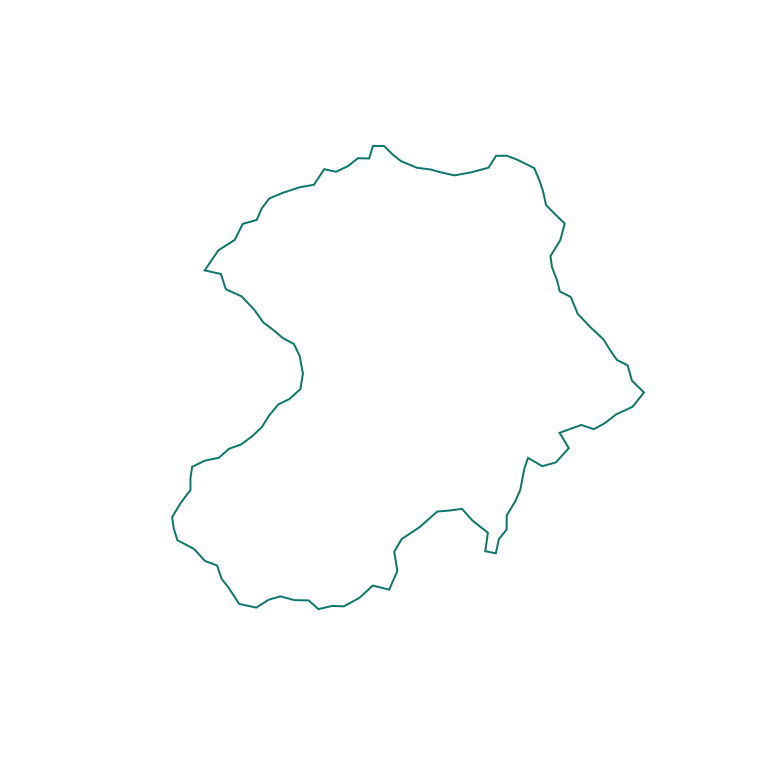 the district of Caiana, Minas Gerais, Brazil, rotated 37°
{"feature_id": "56859067B54164523766538", "entity_name": "Caiana", "entity_type": "district", "adm_level": 2, "iso_a3": "BRA", "parent_name": "Brazil", "parent_adm1": "Minas Gerais", "projection": "orthographic", "projection_center": [-41.908, -20.729], "detail": "fine", "context": "isolated", "style": "outline", "palette": "teal", "viewbox_px": 768, "rotation_deg": 37, "n_neighbors": 0, "source": "geoboundaries", "source_scale": "gbopen_adm2", "svg_char_len": 1605}
<svg xmlns="http://www.w3.org/2000/svg" viewBox="0 0 768 768"><g transform="rotate(37 384 384)"><path d="M596.7,234.3L579.9,232.1L567.4,222.5L555.4,224.6L544.6,221.0L532.3,216.3L514.6,214.4L496.5,211.4L480.8,202.1L468.7,204.3L460.3,197.4L447.9,189.6L440.0,181.8L438.2,163.0L431.8,147.1L418.8,145.5L405.7,143.6L395.1,134.4L385.4,127.8L374.1,121.2L355.4,124.7L344.6,127.8L336.2,134.4L337.3,148.3L326.4,162.3L314.7,175.0L302.8,180.4L292.0,184.7L280.1,191.5L263.5,195.8L252.7,195.5L240.8,193.9L231.9,200.5L236.4,212.8L227.3,219.4L224.0,231.9L217.8,243.5L207.0,248.4L208.1,267.1L198.0,277.9L188.2,292.1L180.7,304.8L180.7,317.4L183.6,329.6L174.8,341.2L178.1,358.7L171.3,376.8L172.4,401.2L187.6,394.3L200.6,403.5L217.6,399.7L235.7,402.8L250.8,407.5L263.6,407.5L275.0,408.2L288.1,406.3L299.8,412.4L313.0,424.5L320.3,438.4L317.4,453.0L311.9,463.9L311.2,478.1L312.4,492.0L310.1,505.2L306.2,518.4L299.3,528.8L296.5,542.3L287.0,553.1L280.6,565.6L286.3,576.0L293.2,585.0L293.2,601.0L294.9,617.8L302.9,625.8L313.0,633.1L331.6,630.1L347.5,633.1L360.0,629.4L371.7,637.4L382.5,640.2L400.6,646.8L416.5,639.5L421.8,625.6L429.1,615.9L442.6,610.5L454.0,602.2L467.1,603.2L476.1,592.5L485.8,585.7L493.1,569.4L496.4,551.7L511.9,545.1L507.2,525.3L493.1,511.8L491.4,497.2L498.6,476.7L503.3,453.8L512.8,445.3L521.4,436.8L536.8,439.8L556.5,440.3L565.5,456.6L575.2,451.9L569.1,438.7L569.5,426.4L561.1,415.1L559.4,398.5L556.5,386.5L547.0,367.1L543.5,356.3L559.8,354.4L568.4,343.3L570.2,324.0L553.6,317.3L566.2,298.0L578.8,293.7L583.9,282.4L587.7,268.5L596.3,252.4L596.7,234.3Z" fill="none" stroke="#0f766e" stroke-width="2"/></g></svg>